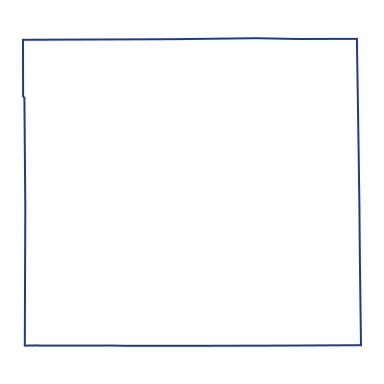 outline of Sumner, Kansas, United States of America
{"feature_id": "52423323B29617609063992", "entity_name": "Sumner", "entity_type": "district", "adm_level": 2, "iso_a3": "USA", "parent_name": "United States of America", "parent_adm1": "Kansas", "projection": "orthographic", "projection_center": [-97.506, 37.238], "detail": "fine", "context": "isolated", "style": "outline", "palette": "blue", "viewbox_px": 384, "rotation_deg": 0, "n_neighbors": 0, "source": "geoboundaries", "source_scale": "gbopen_adm2", "svg_char_len": 493}
<svg xmlns="http://www.w3.org/2000/svg" viewBox="0 0 384 384"><path d="M199.4,345.8L239.1,345.7L245.6,345.7L282.3,345.6L361.0,345.2L359.9,261.9L359.4,205.4L358.6,149.3L356.9,38.9L329.0,38.9L302.1,39.0L293.3,38.9L256.2,38.2L172.5,39.2L23.0,39.8L23.1,96.3L24.4,97.8L25.3,208.0L24.8,345.6L34.5,345.5L34.5,345.4L42.0,345.6L78.8,345.6L102.8,345.6L109.6,345.5L125.3,345.8L146.9,345.8L156.2,345.8L156.5,345.8L166.0,345.8L194.0,345.8L199.4,345.8Z" fill="none" stroke="#1e3a8a" stroke-width="2"/></svg>